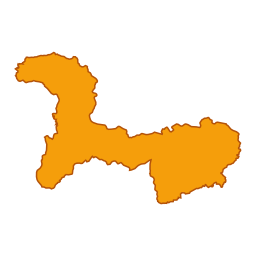 Sintang, Kalimantan Barat, Indonesia (Albers equal-area conic projection)
{"feature_id": "22746128B74245273608062", "entity_name": "Sintang", "entity_type": "district", "adm_level": 2, "iso_a3": "IDN", "parent_name": "Indonesia", "parent_adm1": "Kalimantan Barat", "projection": "albers", "projection_center": [111.256, 0.194], "detail": "fine", "context": "isolated", "style": "filled", "palette": "amber", "viewbox_px": 256, "rotation_deg": 0, "n_neighbors": 0, "source": "geoboundaries", "source_scale": "gbopen_adm2", "svg_char_len": 5751}
<svg xmlns="http://www.w3.org/2000/svg" viewBox="0 0 256 256"><path d="M225.8,179.9L225.1,178.9L225.5,177.5L222.8,175.2L222.3,174.1L221.0,173.5L220.9,173.0L222.6,172.1L223.2,169.3L225.1,167.8L226.6,167.2L227.0,165.9L227.7,165.0L228.5,164.6L230.7,164.4L231.8,163.6L233.1,163.2L235.0,160.8L236.1,160.0L236.0,158.6L236.2,158.4L236.8,158.2L237.7,158.3L238.3,157.8L238.9,156.3L237.2,155.8L236.9,155.0L237.3,154.7L238.3,154.6L238.9,154.2L239.1,152.4L240.5,150.7L240.6,150.1L240.2,149.2L238.9,148.9L238.6,148.4L238.7,147.6L239.6,146.6L239.5,145.4L240.5,143.1L238.7,141.3L238.0,140.1L238.4,137.2L238.1,135.9L238.9,134.5L238.9,133.9L237.8,132.7L236.3,131.7L232.9,130.4L230.8,129.1L227.9,125.6L226.3,124.6L226.2,123.9L217.5,122.2L216.2,122.5L214.8,123.8L213.7,123.7L212.7,123.3L211.9,122.5L212.1,120.8L211.8,120.2L210.2,119.6L208.7,117.6L208.1,117.5L206.3,118.2L204.3,118.3L203.4,119.1L202.1,119.6L200.0,122.6L200.0,123.4L200.7,125.3L200.4,126.9L199.7,127.5L196.4,126.9L191.3,126.6L187.9,124.6L185.8,124.0L184.6,124.3L182.5,125.9L181.5,126.1L180.4,125.8L178.1,124.3L176.5,124.0L172.0,126.7L171.8,127.6L173.2,129.1L173.6,129.9L172.9,130.7L171.1,131.9L170.0,131.5L167.3,127.4L166.7,127.2L165.0,128.2L164.5,129.2L162.8,128.9L162.5,129.2L161.4,131.5L161.6,132.3L162.3,133.5L162.1,134.3L154.5,132.2L152.4,133.5L148.1,134.5L146.0,134.6L142.4,133.6L141.5,133.6L139.3,135.2L137.0,135.1L134.7,136.6L133.2,136.8L131.4,137.7L130.4,137.4L129.2,137.6L128.4,136.8L127.8,134.7L126.5,133.7L126.8,131.3L126.3,130.0L123.1,128.7L119.6,126.5L118.3,126.4L115.7,128.6L111.2,129.2L108.4,129.3L107.0,128.7L106.1,126.4L104.9,125.1L97.6,124.1L93.3,122.6L91.4,121.4L90.4,119.7L89.6,117.2L89.4,115.2L90.1,113.9L92.3,112.4L93.2,109.8L94.2,108.2L94.5,106.8L95.8,104.5L95.8,102.2L94.4,98.7L94.2,97.5L94.7,96.7L96.1,96.2L96.8,95.5L96.7,94.4L96.3,93.9L95.6,93.4L93.3,92.8L92.7,92.3L92.3,91.5L93.1,90.1L94.8,88.0L94.8,85.3L95.5,83.8L95.6,83.0L97.1,82.1L97.4,81.0L96.7,79.5L95.6,78.3L91.5,75.7L91.0,74.1L90.3,72.9L88.1,71.6L88.0,69.7L87.2,67.6L87.4,66.8L86.9,66.2L85.4,65.6L83.6,66.7L82.1,66.9L80.1,65.9L79.5,65.1L79.0,63.7L78.1,63.2L77.8,62.0L77.7,59.5L76.9,58.0L75.9,57.5L75.5,56.8L73.4,56.7L72.8,57.8L71.7,58.7L69.1,59.2L67.8,58.6L66.7,58.5L64.0,56.5L61.4,56.2L59.4,55.2L58.5,55.1L57.3,54.1L55.5,54.5L54.9,53.1L53.8,52.5L50.8,54.3L49.5,54.7L48.1,54.7L47.2,55.3L45.9,55.5L43.7,55.4L43.2,55.7L40.9,55.5L37.7,56.4L37.1,56.8L34.4,57.0L33.8,57.4L31.6,57.3L28.9,57.6L27.3,57.2L26.3,57.3L25.7,58.6L25.0,59.1L24.9,61.2L24.5,61.7L23.8,61.9L23.1,62.7L22.6,62.7L22.3,63.7L22.5,63.9L21.3,63.7L20.0,63.9L19.3,63.7L18.7,64.5L18.1,64.0L17.8,65.0L18.5,66.3L18.3,66.8L18.8,67.1L18.7,67.8L17.8,68.3L17.2,67.7L15.4,68.9L18.0,71.0L17.7,72.4L16.5,72.9L16.2,74.7L16.0,75.0L16.2,75.8L15.7,75.9L16.4,76.9L16.7,78.4L18.4,80.8L20.0,81.3L23.0,80.2L25.2,82.2L26.1,82.6L29.0,81.7L31.6,81.5L33.8,80.6L35.7,81.3L39.3,81.8L42.7,82.8L43.1,83.8L44.3,84.7L44.6,86.2L47.4,88.5L51.3,93.3L53.6,94.6L56.0,94.1L57.0,94.6L59.0,99.0L59.2,100.1L58.9,101.4L57.1,105.0L56.7,107.0L56.0,108.3L56.8,111.3L56.8,112.7L56.1,113.6L53.6,113.5L52.8,113.7L52.5,114.2L52.9,115.6L53.3,116.0L53.1,116.3L53.4,116.4L53.4,116.7L53.8,116.5L53.6,117.1L54.1,117.0L53.8,118.5L54.2,118.6L54.2,118.9L55.1,119.3L55.2,119.6L56.1,119.5L55.8,120.0L56.1,120.9L55.7,121.4L56.2,121.7L56.0,121.9L56.4,122.3L56.1,122.4L56.4,123.2L56.2,123.6L56.8,123.2L56.9,124.1L56.9,123.4L57.3,123.7L57.0,124.5L57.2,124.8L56.7,124.8L56.4,125.6L56.8,126.2L56.3,126.5L56.2,127.2L56.5,129.9L57.3,131.8L57.4,133.3L55.2,133.7L54.3,134.2L53.8,135.2L53.1,138.3L52.3,139.2L51.2,138.4L49.3,137.8L47.7,135.8L46.7,135.8L44.6,137.2L45.2,138.1L45.5,140.7L46.8,144.3L46.5,150.4L45.6,152.9L45.7,154.0L45.0,154.7L43.6,155.0L42.5,155.8L42.3,156.2L42.4,158.5L42.2,159.8L41.6,160.0L41.4,161.0L42.0,164.0L41.6,165.9L40.1,168.2L37.3,170.4L36.6,172.2L36.5,176.8L37.1,179.7L38.1,181.5L41.5,185.6L41.9,186.9L44.2,187.1L45.9,188.0L49.4,187.9L50.8,188.4L51.3,188.9L53.6,188.1L54.5,187.2L55.3,185.1L56.7,183.6L57.4,183.3L57.7,182.5L59.0,182.3L59.9,181.7L60.2,181.1L59.6,180.4L61.1,179.3L62.1,177.6L64.1,177.0L64.4,176.1L65.3,175.1L66.0,174.6L68.6,174.8L72.0,174.1L72.4,173.5L72.8,170.0L73.4,168.7L73.4,165.8L74.8,163.9L76.8,163.2L79.6,163.1L81.0,163.5L82.4,163.3L85.6,160.2L86.1,160.5L86.8,161.8L88.9,161.2L92.0,156.6L92.5,156.3L93.4,157.6L93.9,157.6L94.6,157.0L95.6,156.8L96.9,157.4L99.7,159.6L101.8,159.5L103.8,160.7L105.0,161.0L106.4,162.1L106.8,163.5L107.6,164.6L110.0,164.3L112.0,161.7L114.0,161.0L115.6,161.2L117.7,163.7L118.5,163.7L120.7,162.6L121.3,162.7L123.6,165.2L128.7,167.3L129.4,167.9L129.8,169.0L129.6,170.3L131.3,170.0L134.9,168.6L137.7,165.9L139.3,164.9L141.4,164.0L144.8,163.6L149.3,160.4L151.0,159.8L150.1,164.0L150.0,169.4L150.3,170.3L150.1,172.9L149.8,173.6L150.3,174.0L150.1,174.6L150.5,175.9L153.1,177.3L153.9,178.4L154.3,180.0L153.6,181.8L153.6,182.9L155.1,185.0L155.3,185.7L154.9,189.2L155.1,189.9L157.0,191.5L157.3,192.1L156.9,194.2L157.6,196.4L157.0,198.0L156.9,199.1L157.5,199.9L157.7,201.3L158.0,201.3L158.8,202.5L160.9,203.5L162.0,203.5L163.1,203.1L164.0,203.4L164.5,203.2L166.8,203.3L166.9,202.6L167.7,202.0L168.8,202.7L170.3,201.7L173.2,201.6L173.5,200.1L176.9,200.0L177.4,199.0L178.3,198.5L178.4,197.4L180.8,197.9L180.5,194.1L181.8,192.8L184.2,192.9L184.8,193.1L185.4,193.9L189.5,193.2L190.2,191.9L196.4,188.5L198.0,188.6L200.3,187.6L201.5,187.6L203.1,185.7L204.1,186.4L204.7,186.3L205.4,184.6L205.9,184.8L207.3,186.6L208.4,187.4L210.4,186.2L211.4,186.6L211.9,185.5L212.1,185.6L212.2,186.5L212.6,186.7L213.3,185.7L212.9,184.6L214.3,183.0L216.0,182.3L216.4,182.5L216.5,184.1L219.0,184.1L220.3,185.3L221.2,187.2L222.0,187.2L222.5,186.5L222.8,184.6L223.6,184.0L224.2,182.4L224.5,182.1L225.3,182.3L225.7,181.7L225.8,179.9Z" fill="#f59e0b" stroke="#b45309" stroke-width="1.5"/></svg>